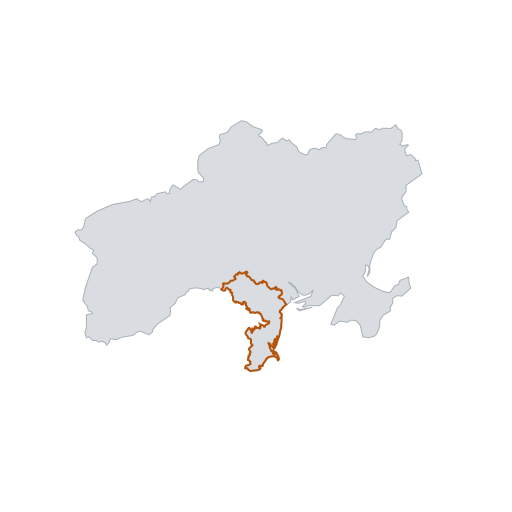 Odessa on a map of Ukraine (orthographic projection), rotated 332°
{"feature_id": "UKR-322", "entity_name": "Odessa", "entity_type": "Region", "adm_level": 1, "iso_a3": "UKR", "parent_name": "Ukraine", "parent_adm1": "", "projection": "orthographic", "projection_center": [29.872, 46.718], "detail": "fine", "context": "in_parent", "style": "outline", "palette": "amber", "viewbox_px": 512, "rotation_deg": 332, "n_neighbors": 0, "source": "natural_earth", "source_scale": "10m", "svg_char_len": 9772}
<svg xmlns="http://www.w3.org/2000/svg" viewBox="0 0 512 512"><g transform="rotate(332 256 256)"><path d="M345.7,339.1L351.5,346.8L356.1,350.7L358.4,350.7L364.3,347.4L368.4,348.0L371.7,345.1L380.8,346.3L378.5,351.6L377.6,357.0L366.1,359.9L361.5,357.1L356.9,357.6L354.6,361.6L350.3,364.5L348.9,367.6L340.6,368.0L335.2,371.0L331.2,377.1L326.7,381.0L323.1,382.3L317.2,381.2L312.4,377.6L315.5,366.1L314.0,360.1L310.2,357.4L305.6,357.4L299.4,352.8L292.5,353.7L290.1,351.3L303.9,339.8L306.9,339.2L315.2,333.0L313.4,328.3L309.8,329.7L304.6,326.2L288.7,329.7L278.9,324.4L274.3,323.8L273.2,322.5L277.8,321.1L278.1,319.0L271.6,317.8L268.1,315.3L285.8,317.3L290.4,312.7L285.6,314.5L280.6,313.6L278.7,312.2L276.4,307.8L276.1,301.5L273.8,295.9L272.0,294.2L275.6,303.3L275.0,312.1L267.5,311.8L268.1,308.2L264.7,313.0L258.9,313.2L251.5,315.6L248.5,324.8L238.9,337.6L230.1,341.9L227.1,341.2L225.8,342.2L225.2,346.1L226.7,348.0L228.0,354.3L227.5,356.9L224.4,353.4L220.7,351.8L216.7,352.3L209.3,355.8L206.8,355.2L207.0,357.0L206.3,357.6L199.4,355.6L196.4,353.8L194.1,350.5L196.3,349.0L200.6,348.4L200.5,343.7L205.9,337.9L206.1,335.2L210.8,331.6L212.1,327.6L210.5,321.7L211.2,318.6L216.2,316.6L216.5,321.2L217.6,320.8L218.8,318.4L225.6,320.6L227.6,319.0L230.5,322.2L235.7,321.3L236.9,319.9L232.4,316.2L232.8,310.3L231.3,306.9L224.7,302.6L223.4,297.4L224.0,292.8L220.7,291.0L215.3,285.8L217.1,276.7L216.7,273.3L215.3,270.7L211.0,271.1L207.9,265.7L202.7,264.6L201.2,266.5L200.4,264.7L198.7,264.7L198.8,262.5L197.7,261.7L193.4,261.0L192.4,259.0L187.8,255.8L182.2,253.7L179.0,255.6L177.6,255.0L175.3,256.9L167.3,256.1L162.3,259.9L155.5,261.4L154.8,264.3L152.2,268.0L137.2,269.8L130.7,272.3L128.6,274.6L124.6,275.3L118.4,268.0L116.4,267.4L109.8,268.2L99.2,264.7L93.7,264.3L88.3,260.7L86.3,263.1L82.3,264.7L82.1,262.0L80.5,259.3L76.7,258.2L75.6,255.8L72.1,253.9L70.6,248.9L68.0,248.7L68.8,243.5L72.3,240.1L78.6,228.4L84.7,230.0L85.0,228.7L82.3,225.6L83.3,221.7L82.3,213.8L83.7,211.8L91.3,203.1L106.3,189.1L111.7,188.5L114.3,184.8L114.6,182.1L112.7,176.6L115.4,174.9L115.3,174.0L113.3,171.7L111.3,165.6L107.8,159.5L108.4,156.8L107.2,152.8L107.6,149.9L111.2,149.3L114.2,151.2L117.9,148.9L123.0,142.9L136.9,141.8L153.7,143.2L170.2,148.5L177.4,149.4L180.3,154.4L186.3,154.4L188.0,155.4L188.1,158.4L191.4,154.9L194.4,156.0L197.8,154.5L206.0,156.8L206.9,159.5L208.6,160.3L211.0,156.9L216.0,154.2L220.8,162.0L224.9,160.4L236.9,159.0L239.9,161.5L240.4,163.8L244.6,165.7L246.3,162.8L244.3,155.2L245.3,152.3L248.6,145.7L252.9,140.8L264.5,138.7L275.3,140.2L278.4,138.1L279.8,133.0L281.1,131.9L288.4,133.4L294.9,130.3L306.3,129.7L310.1,132.4L314.4,140.9L320.3,146.9L320.1,148.9L315.1,150.4L315.0,151.5L316.9,154.2L317.8,160.3L318.7,160.9L317.7,163.7L323.2,164.0L327.8,165.8L334.7,164.3L336.9,168.7L340.0,169.0L340.3,172.0L343.3,178.9L342.6,182.6L343.2,184.9L347.2,190.0L349.0,190.6L353.1,187.4L357.7,188.0L361.9,191.7L365.8,191.4L368.5,193.4L371.0,190.6L384.1,185.6L387.7,189.0L388.4,191.4L390.7,194.6L398.3,199.8L400.3,199.0L400.6,196.2L402.1,195.2L406.4,197.6L410.4,197.5L416.4,200.9L421.4,199.3L424.5,202.6L427.8,202.6L434.9,206.7L441.0,205.8L441.1,210.4L442.8,212.2L442.9,216.0L439.2,222.5L435.3,224.8L437.1,227.6L442.2,228.9L442.6,229.8L438.3,230.8L436.8,233.2L436.1,238.1L440.3,239.1L442.2,244.7L441.5,246.6L444.0,247.4L441.1,261.4L421.8,264.0L418.6,269.8L413.0,272.2L411.5,274.0L410.5,281.8L412.3,283.0L410.9,286.4L411.5,289.0L397.1,291.0L393.2,296.4L387.1,298.3L382.0,303.9L379.6,302.6L376.8,302.9L371.0,306.7L365.5,306.8L361.3,308.5L352.5,316.9L348.7,324.0L344.6,326.3L350.1,320.4L350.2,317.4L348.7,315.3L345.4,321.1L340.8,323.8L341.4,330.3L345.7,339.1ZM281.5,327.7L268.5,324.7L267.2,321.1L270.1,324.2L281.5,327.7Z" fill="#d9dde1" stroke="#a8b0b8" stroke-width="1"/><path d="M194.1,350.5L193.8,350.1L194.3,349.1L195.5,348.2L197.1,348.4L198.7,348.8L200.2,348.9L200.6,348.7L200.7,348.3L200.6,347.1L200.9,346.7L201.4,346.5L201.1,346.0L200.9,344.7L200.1,344.0L201.0,342.6L202.1,342.1L202.2,341.9L202.1,341.3L202.4,340.7L203.9,340.6L204.5,340.2L204.6,339.9L204.5,339.1L205.3,338.8L206.1,338.3L206.2,337.9L206.2,337.3L205.9,335.6L205.9,335.1L206.1,334.7L206.5,334.4L210.4,333.4L211.0,333.2L211.0,332.6L210.6,331.2L210.6,330.4L210.8,329.9L211.5,329.0L212.0,328.2L212.3,327.4L212.2,326.7L210.5,325.0L210.5,324.5L210.8,323.5L210.8,323.0L210.3,320.3L210.4,319.4L210.9,318.7L212.5,317.6L213.7,317.2L215.7,316.1L216.1,316.1L216.5,316.6L216.6,317.3L216.6,320.3L216.1,321.2L216.1,321.6L216.5,321.9L216.9,321.6L217.7,320.7L218.3,320.6L218.4,320.2L218.3,319.3L218.4,318.9L218.8,318.3L219.1,318.4L220.0,320.1L220.3,320.1L221.3,318.6L221.7,318.1L222.1,317.9L222.6,318.0L222.8,318.2L222.7,318.6L222.5,319.3L222.6,319.8L224.0,320.2L224.3,320.5L224.9,321.6L225.6,321.8L226.2,321.4L226.4,320.9L226.3,320.1L226.4,319.9L227.5,319.7L227.7,319.2L227.7,318.3L228.0,318.8L229.2,319.9L229.6,320.7L229.8,321.2L229.8,322.0L230.2,322.5L230.7,322.5L231.5,321.7L232.2,321.4L234.8,321.6L235.8,321.4L236.4,320.9L236.9,319.9L236.3,319.6L235.7,319.9L234.3,318.6L234.5,318.3L234.1,317.6L233.8,317.5L233.4,317.7L233.1,317.2L232.2,316.8L231.9,316.4L231.8,315.7L232.7,315.6L232.9,314.9L232.5,313.6L232.5,313.2L232.8,312.2L232.9,309.7L232.5,308.7L232.4,307.5L232.2,307.4L231.6,307.6L231.2,306.7L230.6,306.1L228.6,306.0L228.2,305.7L227.4,304.5L226.0,304.2L225.3,303.5L224.6,303.6L224.4,303.2L224.7,301.1L225.2,300.5L225.4,300.0L225.4,299.5L225.2,299.1L224.7,298.6L224.3,298.6L223.8,299.4L223.6,299.6L222.7,297.9L222.7,297.7L223.8,297.5L224.1,297.2L224.3,296.4L224.0,294.7L224.1,294.0L224.7,293.7L224.9,293.2L224.9,292.4L224.7,291.7L224.4,291.2L223.6,290.7L222.8,290.7L222.3,292.1L221.9,292.5L221.2,292.5L220.6,292.1L220.3,291.6L220.1,290.2L219.9,289.8L218.9,289.4L218.5,288.3L217.8,287.9L217.4,287.2L217.1,287.0L216.8,287.2L216.3,287.7L216.0,287.4L215.8,287.1L215.3,285.7L215.0,284.4L215.3,283.6L216.4,281.9L216.6,280.7L216.6,279.6L216.7,278.6L217.6,277.4L217.6,277.0L217.3,276.7L216.6,276.5L216.4,276.3L216.4,275.9L216.6,275.4L217.6,274.1L217.6,273.7L216.3,273.0L215.8,271.0L215.3,270.3L214.6,270.2L213.9,270.5L213.0,271.7L212.2,271.9L211.5,271.6L210.8,271.0L210.1,270.2L209.7,269.5L210.1,269.2L211.9,268.4L212.3,268.1L212.9,267.4L213.6,266.9L213.7,266.6L213.5,265.5L213.6,265.3L214.5,264.9L214.9,265.0L216.3,266.2L217.9,266.9L219.9,266.9L221.9,266.0L222.2,266.0L223.5,266.7L225.1,266.8L226.6,266.6L227.0,266.8L227.1,266.7L227.5,265.4L227.4,265.1L226.9,264.4L226.9,264.0L227.2,263.8L227.9,263.8L229.1,263.2L230.1,262.9L230.7,263.3L231.2,263.9L231.4,263.9L231.6,263.7L232.2,262.7L232.4,262.6L233.1,263.0L233.9,262.6L234.5,264.1L234.9,264.7L235.7,265.1L240.2,265.3L240.2,266.0L240.7,266.3L240.6,266.6L240.0,266.7L239.7,267.0L239.4,266.9L238.4,267.5L238.7,267.8L238.8,268.1L238.7,268.7L238.6,269.1L238.5,269.7L238.8,269.9L239.5,270.2L240.3,271.2L240.8,274.8L241.0,275.3L242.4,276.2L242.5,276.9L242.1,277.4L242.1,277.6L242.8,278.5L242.8,278.9L242.6,279.6L243.0,280.8L244.2,281.6L245.3,281.4L245.8,281.8L246.7,281.1L247.3,281.4L248.3,281.5L248.5,281.7L248.7,282.5L248.9,282.7L249.1,282.5L249.4,281.5L250.7,281.2L250.9,281.5L250.9,282.1L250.8,282.7L251.8,282.9L252.6,284.0L252.7,285.0L252.7,285.3L252.4,285.4L252.3,286.5L251.9,287.7L253.1,291.3L253.8,292.5L255.8,292.7L256.2,293.2L256.5,293.3L257.1,293.0L258.9,292.6L259.2,293.1L259.3,293.6L259.2,294.0L258.9,294.3L258.2,294.7L258.2,295.5L259.6,296.2L260.5,296.0L260.8,296.6L261.2,297.0L261.5,297.7L262.3,298.0L262.3,298.3L262.1,298.9L262.1,299.6L261.6,300.3L261.4,301.2L260.8,301.6L260.6,302.0L258.8,302.2L258.2,302.1L257.8,302.7L256.6,302.8L256.4,303.0L256.7,303.9L257.0,304.6L257.9,305.2L258.6,306.3L259.3,306.8L259.6,309.6L259.7,310.1L259.6,311.3L260.0,313.1L259.4,313.1L255.7,314.0L255.0,314.6L254.6,314.5L254.3,314.6L252.7,315.6L251.6,315.4L251.3,315.6L250.6,316.8L251.2,318.7L251.5,319.0L251.2,319.5L251.0,320.6L249.7,322.2L248.6,322.1L248.4,322.3L249.0,322.8L249.1,323.1L249.1,323.4L248.4,325.0L246.9,327.2L246.1,328.6L245.6,329.0L245.0,330.7L242.3,333.4L239.8,336.6L238.6,337.9L237.1,339.1L237.2,338.7L237.1,336.9L236.9,336.8L236.5,337.3L236.2,339.2L236.0,339.3L235.7,339.0L235.4,339.3L234.4,338.4L233.8,338.2L233.4,338.5L233.2,339.1L233.0,340.6L232.6,340.0L232.7,339.4L232.6,339.2L232.4,339.3L232.3,339.7L232.3,340.7L232.7,341.3L232.6,342.1L232.3,341.6L231.8,341.3L231.8,340.9L231.6,340.8L231.3,341.3L230.1,341.4L229.7,341.7L229.5,342.3L229.7,342.8L230.6,343.2L231.1,343.8L229.8,344.5L229.4,344.3L229.3,344.6L229.4,345.0L228.4,345.4L228.1,345.6L228.2,344.8L227.9,343.9L227.5,343.3L227.0,343.0L227.1,342.8L226.9,341.3L227.3,340.3L227.0,339.8L226.4,339.3L226.1,338.8L225.9,339.0L225.9,339.5L226.3,340.1L225.7,341.2L225.7,342.0L226.0,342.6L225.2,343.2L225.1,344.4L225.1,345.9L224.9,347.4L225.8,347.8L226.2,347.8L226.6,347.7L227.5,346.9L226.5,348.4L226.0,348.8L225.7,349.4L225.3,349.7L225.3,350.0L225.6,350.7L226.0,351.1L226.3,351.1L226.4,350.1L226.8,350.0L226.8,350.9L227.1,350.7L227.4,350.6L227.6,350.8L227.7,351.3L227.9,350.3L228.1,350.0L228.4,350.4L228.6,350.9L228.6,351.6L228.4,352.0L228.0,352.0L228.3,352.3L228.5,352.9L228.6,355.2L228.0,357.0L228.0,357.6L227.6,358.1L226.8,358.4L226.4,358.3L226.6,357.8L226.4,357.4L226.7,356.5L226.6,355.3L226.2,354.2L224.5,352.6L221.3,351.5L219.6,351.3L218.9,351.0L218.0,351.7L216.8,351.6L216.0,352.2L215.6,352.7L215.1,352.8L214.6,353.2L213.3,353.6L211.8,354.7L211.1,354.8L210.8,355.2L210.6,356.0L210.1,356.2L209.0,355.3L208.5,355.2L207.9,354.8L207.6,354.6L207.0,354.8L207.0,355.7L206.3,356.0L206.3,356.3L206.4,356.8L207.2,357.3L206.7,357.7L205.1,357.8L202.2,357.1L200.3,356.0L198.3,355.5L197.2,354.9L196.7,354.6L196.3,353.8L195.6,352.0L195.8,351.4L195.3,350.8L194.7,350.4L194.1,350.5ZM230.9,344.5L235.7,339.9L236.9,339.3L232.0,344.0L229.8,345.6L228.1,346.4L229.6,345.4L229.9,344.8L230.9,344.5Z" fill="none" stroke="#b45309" stroke-width="2"/></g></svg>